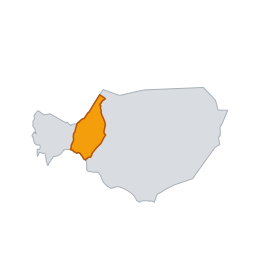 Tahoua highlighted on a map of Niger, rotated 32°
{"feature_id": "NER-95", "entity_name": "Tahoua", "entity_type": "Department", "adm_level": 1, "iso_a3": "NER", "parent_name": "Niger", "parent_adm1": "", "projection": "robinson", "projection_center": [5.147, 16.143], "detail": "fine", "context": "in_parent", "style": "filled", "palette": "amber", "viewbox_px": 256, "rotation_deg": 32, "n_neighbors": 0, "source": "natural_earth", "source_scale": "10m", "svg_char_len": 4829}
<svg xmlns="http://www.w3.org/2000/svg" viewBox="0 0 256 256"><g transform="rotate(32 128 128)"><path d="M189.6,177.1L187.6,177.1L186.5,177.5L185.1,178.7L183.5,179.2L181.5,180.3L180.3,181.1L179.2,181.8L177.6,183.5L177.1,184.8L175.5,185.0L173.3,184.8L171.8,183.5L168.6,182.2L166.5,181.7L165.5,181.5L160.5,181.3L155.2,181.8L152.4,182.4L152.0,182.5L150.4,183.3L149.1,184.2L145.7,188.3L141.1,188.2L138.5,187.7L136.2,187.1L132.9,185.2L128.9,182.3L127.4,181.9L126.0,181.6L125.6,181.7L120.8,184.6L119.9,184.5L118.8,184.8L118.0,185.6L117.5,185.9L116.9,186.0L116.2,185.8L115.4,185.4L114.7,184.6L112.7,181.4L112.3,180.8L111.5,179.8L110.1,178.3L109.1,177.6L108.6,177.5L107.9,177.6L104.1,176.3L100.2,175.0L99.4,175.1L98.8,175.4L97.5,176.4L95.9,176.6L94.0,176.5L92.9,176.4L91.1,176.7L90.0,177.1L88.5,177.8L86.5,179.6L85.9,179.9L85.4,180.2L84.8,185.2L84.2,186.8L83.2,188.8L81.3,190.7L79.9,191.8L79.9,193.4L79.8,196.0L79.7,197.7L79.8,198.9L79.6,199.4L79.5,199.9L79.6,200.7L79.9,201.0L80.1,201.5L80.0,201.9L79.3,202.3L78.6,201.2L77.7,200.4L76.7,200.0L76.1,199.4L75.7,198.6L74.4,197.0L71.4,193.9L71.1,193.8L70.6,193.7L69.8,194.1L69.3,194.6L68.9,194.8L68.3,194.8L66.9,195.2L65.8,195.7L65.7,196.1L66.3,198.5L66.0,199.8L65.5,199.2L63.9,196.8L62.7,195.0L62.5,194.6L62.4,194.0L62.5,193.7L63.0,193.6L64.0,193.3L64.2,193.1L64.2,192.6L64.1,191.7L63.5,190.5L62.9,189.7L62.6,189.5L61.9,189.5L61.3,189.6L60.0,190.6L59.4,190.8L58.1,190.7L57.0,190.5L56.2,190.0L54.1,188.0L51.8,185.9L50.8,185.6L50.6,185.4L50.5,183.8L50.5,181.9L50.6,181.3L51.6,181.6L52.6,181.8L53.0,181.4L52.2,180.7L51.0,180.0L50.5,179.0L50.2,178.6L49.7,178.2L49.0,178.1L48.4,177.8L48.0,177.5L47.3,177.3L46.6,177.1L45.5,175.4L44.5,173.7L43.9,172.4L43.7,171.6L44.0,170.3L43.7,169.7L42.6,168.4L41.6,167.1L41.9,165.1L42.1,163.5L42.1,162.5L42.2,161.9L42.4,161.2L43.0,161.0L44.6,161.0L47.7,161.4L50.3,161.0L50.4,160.9L52.2,159.2L54.2,157.4L57.1,157.2L60.3,157.0L62.8,156.9L66.5,156.8L69.4,156.6L72.9,156.5L73.0,155.6L73.2,155.4L73.5,155.4L76.0,155.9L78.4,156.3L78.6,154.7L80.7,152.7L81.8,152.3L82.1,152.0L82.5,151.3L82.7,150.2L82.8,149.5L83.3,148.9L83.6,147.8L84.0,145.8L85.2,143.7L85.9,140.9L86.0,138.2L86.1,136.1L86.4,135.7L86.4,132.0L86.4,128.3L86.4,125.2L86.4,121.3L86.4,117.9L86.4,114.2L86.4,110.9L86.4,108.7L88.8,108.2L91.3,107.6L94.9,106.8L98.8,106.0L103.0,105.0L104.0,104.5L107.2,101.3L108.6,99.8L111.5,97.0L113.7,94.8L116.5,92.0L119.5,89.2L121.9,86.9L125.6,84.4L131.2,80.5L136.8,76.7L142.4,72.9L148.0,69.0L153.6,65.2L159.2,61.4L164.8,57.5L170.4,53.7L176.0,55.1L181.4,56.5L186.8,57.9L188.1,58.7L191.0,61.4L194.7,64.9L194.9,65.0L195.1,65.0L198.6,62.9L203.1,60.2L204.4,67.5L205.4,73.7L205.6,77.7L205.6,78.8L206.0,79.5L206.9,80.2L210.4,85.9L209.7,86.9L210.2,88.7L211.1,89.5L214.0,92.9L214.4,93.6L214.2,94.1L212.3,98.1L212.0,99.1L211.7,104.3L211.4,107.9L211.1,112.9L210.7,118.8L210.4,123.8L210.0,130.5L209.7,136.8L206.8,140.2L201.8,146.4L197.7,151.4L195.7,154.7L191.7,161.2L189.9,165.4L188.5,167.6L187.8,168.6L188.5,171.7L189.6,177.1Z" fill="#d9dde1" stroke="#a8b0b8" stroke-width="1"/><path d="M107.4,177.9L107.2,177.7L104.1,176.3L100.9,174.9L100.6,174.9L98.9,175.2L98.6,175.3L98.5,175.5L98.3,176.0L98.2,176.2L97.8,176.5L97.7,176.5L97.3,176.6L95.8,176.5L94.6,176.8L94.0,176.7L93.8,176.6L93.5,176.3L93.3,176.2L92.9,176.2L90.7,176.8L90.1,174.6L89.0,172.7L88.5,168.3L88.4,167.8L87.6,165.9L87.4,165.6L86.6,165.1L85.1,162.2L85.0,161.9L84.9,161.4L85.0,159.7L82.6,151.9L82.5,151.7L82.6,151.4L82.7,150.9L82.8,149.6L82.9,149.4L83.0,149.1L83.7,148.4L83.7,148.2L83.5,147.8L83.5,147.5L83.5,147.1L84.5,144.5L84.7,144.2L84.9,143.9L85.2,143.7L85.6,143.4L85.8,143.3L85.9,143.0L85.9,141.6L85.9,140.5L85.9,138.8L85.9,138.0L85.9,137.9L86.0,137.7L86.0,136.3L86.0,136.1L86.1,135.9L86.3,135.8L86.5,135.7L86.5,134.4L86.5,133.6L86.5,132.0L86.5,130.5L86.4,128.9L86.4,127.4L86.4,125.8L86.4,124.2L86.4,123.4L86.4,122.7L86.4,121.1L86.4,119.6L86.4,118.0L86.4,116.5L86.4,114.9L86.6,114.9L92.3,115.0L93.3,115.4L91.9,118.6L91.8,118.9L91.8,119.0L91.8,119.3L91.9,119.5L92.0,119.9L92.0,120.0L91.9,120.1L91.9,120.3L92.0,121.9L91.9,122.1L91.6,122.6L91.5,122.8L91.6,123.0L91.6,123.3L91.8,123.5L92.1,123.6L93.3,123.7L93.4,123.8L93.5,124.0L93.7,125.2L93.8,125.4L94.0,125.6L95.9,127.3L97.3,129.5L97.6,129.8L97.8,130.0L103.6,134.0L106.1,136.1L107.1,137.3L109.5,143.8L109.8,144.2L109.8,144.3L110.6,145.1L110.8,145.2L112.6,145.7L112.7,145.8L112.8,146.0L112.6,148.2L113.2,155.4L111.7,161.7L111.7,162.0L111.0,168.1L111.1,168.5L111.1,168.8L111.5,169.8L111.5,170.2L111.6,170.5L111.7,171.3L111.6,172.6L111.5,172.8L111.3,173.0L111.2,173.0L110.9,173.1L110.7,173.2L110.6,173.4L110.5,173.5L109.8,174.0L109.6,174.2L109.5,174.3L109.5,174.5L109.7,175.2L109.7,175.4L109.5,175.6L109.2,176.0L109.0,176.4L109.0,176.6L109.0,177.3L109.0,177.5L108.4,177.4L108.2,177.4L107.5,177.8L107.4,177.9Z" fill="#f59e0b" stroke="#b45309" stroke-width="1.5"/></g></svg>